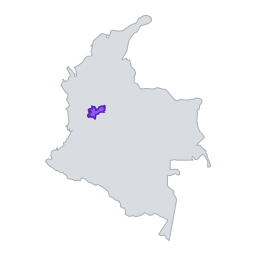 where Caldas sits in Colombia
{"feature_id": "COL-1397", "entity_name": "Caldas", "entity_type": "Department", "adm_level": 1, "iso_a3": "COL", "parent_name": "Colombia", "parent_adm1": "", "projection": "albers", "projection_center": [-75.309, 5.29], "detail": "fine", "context": "in_parent", "style": "filled", "palette": "violet", "viewbox_px": 256, "rotation_deg": 0, "n_neighbors": 0, "source": "natural_earth", "source_scale": "10m", "svg_char_len": 6016}
<svg xmlns="http://www.w3.org/2000/svg" viewBox="0 0 256 256"><path d="M149.3,23.0L146.4,24.2L140.7,25.7L136.9,32.1L134.2,33.2L131.0,37.0L128.6,41.6L126.8,51.2L122.0,59.2L122.4,59.6L124.3,59.2L126.1,58.3L126.8,58.6L127.5,60.0L129.7,60.3L131.4,66.9L134.8,70.2L135.2,71.5L135.6,74.2L134.4,75.8L134.1,81.8L135.2,83.3L137.7,83.9L139.4,87.6L140.4,88.5L142.0,89.0L145.6,88.4L152.3,89.0L153.8,88.9L157.5,87.6L162.2,89.1L165.7,89.4L175.3,100.5L176.2,100.2L177.4,100.8L179.8,99.7L181.9,99.5L184.6,100.0L188.2,100.0L195.4,98.7L196.4,98.0L200.4,98.7L201.5,99.5L202.1,101.6L201.7,102.9L200.3,104.2L199.6,105.9L199.5,107.9L198.8,109.5L197.5,110.4L197.1,111.9L197.4,113.7L196.8,122.2L197.3,122.9L197.8,126.4L199.5,130.9L200.3,132.2L201.7,133.3L204.3,137.0L203.8,138.2L197.3,144.1L197.0,145.5L198.3,144.9L200.3,145.5L201.0,146.9L205.9,150.9L205.8,152.4L207.3,155.4L207.0,156.1L210.5,164.8L210.6,166.6L207.8,167.2L207.7,161.3L207.2,160.1L204.0,155.0L203.3,154.6L201.2,155.2L197.8,159.1L196.1,159.7L194.8,159.2L193.5,156.9L192.6,156.5L191.8,158.4L192.9,160.1L177.3,160.2L174.3,159.6L170.1,160.5L170.2,169.3L177.5,169.3L179.6,171.8L179.4,173.9L179.7,174.6L178.0,175.1L175.4,173.7L170.8,175.4L167.5,175.8L167.3,185.5L169.4,187.9L173.3,190.5L173.9,192.2L173.7,193.9L174.6,196.0L175.9,197.0L175.9,198.3L176.6,199.7L169.2,240.6L166.4,238.2L165.4,235.9L164.1,235.0L161.5,235.8L158.6,234.6L167.6,220.7L167.3,219.5L159.7,216.1L158.9,215.3L155.3,213.5L153.3,214.0L152.2,215.0L149.4,215.3L147.2,213.8L144.5,212.8L141.4,215.2L140.4,215.2L138.2,216.2L135.8,216.6L132.6,215.6L130.1,216.3L128.3,216.2L127.6,215.4L125.4,214.6L125.1,213.7L125.8,212.0L124.8,208.6L124.4,208.0L122.7,208.0L120.7,206.8L120.3,206.0L120.7,204.6L120.3,203.5L118.4,200.8L115.6,200.1L113.0,197.8L110.4,197.0L109.2,195.4L108.1,191.8L105.3,188.9L103.4,188.0L102.8,186.6L100.9,186.5L98.2,184.6L97.0,184.5L96.2,185.4L93.8,184.5L91.7,183.1L89.5,182.7L88.1,181.9L85.6,179.3L82.8,178.0L81.2,178.4L80.7,180.4L79.7,180.7L76.5,180.2L76.0,180.6L75.2,180.6L71.3,179.1L67.5,178.6L66.5,175.3L64.0,174.1L63.3,172.5L61.6,172.7L55.0,169.7L52.3,167.6L50.0,166.4L47.6,164.1L47.2,163.2L45.4,161.8L46.3,160.1L48.5,158.8L51.5,159.8L51.8,157.8L50.8,156.0L51.3,151.9L52.1,151.0L53.7,150.2L54.7,150.5L55.3,149.8L57.7,150.2L58.5,149.9L60.3,148.3L61.1,146.9L61.9,147.1L63.9,144.9L63.5,142.7L65.4,142.2L67.3,138.6L68.1,138.5L68.6,136.8L71.9,130.9L70.7,131.6L69.4,131.1L69.6,129.1L69.2,128.9L68.1,130.4L67.2,128.9L67.5,126.3L66.0,126.8L66.0,126.2L68.2,124.3L69.1,119.9L68.4,118.3L68.0,111.7L67.6,110.5L65.8,108.8L68.7,106.9L69.7,105.5L68.4,102.6L66.7,100.1L66.7,98.7L67.7,98.8L68.1,94.7L67.2,93.2L66.0,93.1L62.3,87.1L61.0,85.8L62.0,82.9L63.1,81.7L62.9,79.5L63.6,79.6L65.2,81.6L65.9,81.3L68.4,79.4L68.5,77.6L70.5,75.8L67.7,69.6L66.7,68.6L67.9,66.7L68.5,66.8L69.6,68.7L71.4,70.0L74.0,73.4L75.1,74.2L74.3,75.0L74.2,75.8L74.5,76.2L76.0,76.4L76.6,75.4L76.2,71.2L75.6,69.1L74.2,67.6L74.7,67.0L77.3,66.0L82.9,62.0L84.8,58.3L86.3,56.9L87.9,56.1L89.9,56.3L91.5,55.8L91.9,54.6L90.9,52.0L92.1,48.5L92.1,46.7L92.8,45.6L92.6,45.2L90.5,46.4L92.6,43.9L94.1,40.1L102.1,33.4L107.3,35.0L109.0,34.9L106.8,35.7L106.5,36.7L107.3,37.7L108.1,38.0L108.7,37.3L110.5,33.4L110.7,31.2L111.5,30.5L112.6,30.2L117.7,31.1L122.6,30.8L130.5,25.2L136.5,22.7L137.9,20.4L138.3,18.7L139.4,18.0L140.5,18.0L141.2,17.1L143.9,15.5L146.9,15.4L150.0,16.6L151.4,18.9L151.7,20.5L149.3,23.0ZM57.8,149.4L57.4,149.7L56.8,149.2L56.5,148.5L56.9,148.0L57.5,148.2L57.8,149.4Z" fill="#d9dde1" stroke="#a8b0b8" stroke-width="1"/><path d="M104.6,105.7L104.7,105.8L104.8,105.9L104.9,106.4L104.9,106.5L105.0,106.6L105.0,106.8L104.9,106.9L104.8,107.1L105.0,107.4L104.9,107.8L104.7,108.4L104.9,108.4L104.9,108.5L104.6,108.6L104.4,108.7L104.4,108.8L104.5,109.0L104.6,109.5L104.7,109.9L104.5,110.0L104.4,110.1L104.5,110.4L104.4,110.4L104.3,110.5L104.2,110.6L104.1,110.9L103.9,111.4L103.8,111.7L103.6,111.9L103.5,112.0L103.4,112.1L103.5,112.2L103.3,112.2L102.8,112.0L102.3,111.9L102.2,111.9L101.9,111.9L101.7,112.1L101.2,112.0L100.9,112.0L100.4,112.1L100.1,112.2L99.9,112.2L99.7,112.3L99.2,112.5L98.6,113.6L98.5,113.8L98.4,113.9L98.3,114.0L98.1,113.9L97.8,113.8L97.4,114.0L97.1,114.2L96.8,114.3L96.6,114.3L96.3,114.3L96.1,114.4L95.8,114.6L95.5,115.0L95.4,115.3L95.6,115.5L95.8,115.8L95.4,116.6L95.3,116.8L95.3,117.0L95.5,117.4L95.6,117.6L95.6,117.8L95.5,118.0L95.3,118.4L95.0,118.9L94.6,118.5L94.2,118.2L93.8,117.8L93.5,117.3L93.4,117.3L93.3,117.2L93.0,117.2L92.6,117.1L92.2,117.1L91.8,117.1L91.8,116.9L91.7,116.8L91.6,116.6L91.4,116.5L91.1,116.8L90.8,116.9L90.6,116.9L90.4,116.7L90.0,115.5L89.9,115.6L89.5,116.2L89.4,116.3L89.4,116.7L89.4,116.9L89.3,117.0L89.1,117.2L88.7,117.2L88.4,117.0L88.1,116.7L87.9,116.3L87.8,116.2L87.8,115.9L87.7,115.7L87.8,114.8L88.0,114.5L88.4,114.5L88.5,114.5L88.9,114.1L89.1,113.5L89.2,113.4L89.2,113.1L89.1,112.9L89.0,112.6L89.3,112.3L89.4,112.2L89.4,112.3L89.7,112.4L89.9,112.3L90.1,112.5L90.3,112.6L90.7,112.7L91.0,112.6L91.3,112.2L91.2,111.9L91.1,111.7L91.0,111.4L90.6,111.0L90.5,110.8L90.4,110.8L90.2,110.8L89.9,110.9L89.3,111.2L89.2,111.2L88.7,111.3L88.5,111.1L88.5,110.9L88.5,110.7L88.5,109.5L89.2,109.2L90.1,108.6L90.3,108.6L90.5,108.7L90.6,108.8L90.8,109.0L91.2,109.0L91.5,109.0L91.8,109.0L92.0,109.1L92.2,108.8L92.2,108.5L92.2,108.2L92.0,107.5L92.0,107.3L92.1,106.9L91.9,106.8L91.8,106.6L91.8,106.2L92.0,106.2L92.4,106.3L92.6,106.4L92.7,106.5L92.8,106.6L92.8,106.8L93.4,107.0L93.5,107.1L94.3,106.7L94.5,106.8L94.9,107.0L95.0,107.1L95.0,107.5L95.0,107.8L95.2,108.0L95.3,108.0L95.5,108.2L95.8,109.1L95.8,109.3L95.8,109.9L96.1,109.7L96.3,110.3L96.5,110.2L96.7,109.9L96.8,109.8L96.9,109.5L97.0,109.4L97.4,109.1L97.6,109.1L97.8,109.0L98.1,109.0L98.2,108.9L98.3,108.9L98.7,108.3L98.8,108.1L98.8,107.6L98.8,107.2L99.3,107.2L99.6,107.1L99.8,107.0L99.9,106.9L100.0,106.8L100.1,106.7L101.1,106.2L101.6,106.1L101.9,106.1L102.1,106.1L102.4,106.4L102.9,106.7L103.1,106.8L103.5,106.7L103.7,106.3L103.8,106.1L103.8,105.9L103.9,105.7L104.0,105.6L104.3,105.6L104.5,105.7L104.6,105.7Z" fill="#8b5cf6" stroke="#5b21b6" stroke-width="1.5"/></svg>